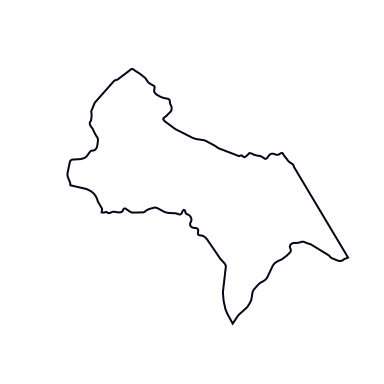 the border of Moyen-Ogooué, rotated 59°
{"feature_id": "GAB-2621", "entity_name": "Moyen-Ogooué", "entity_type": "Province", "adm_level": 1, "iso_a3": "GAB", "parent_name": "Gabon", "parent_adm1": "", "projection": "orthographic", "projection_center": [10.538, -0.51], "detail": "fine", "context": "isolated", "style": "outline", "palette": "ink", "viewbox_px": 384, "rotation_deg": 59, "n_neighbors": 0, "source": "natural_earth", "source_scale": "10m", "svg_char_len": 3288}
<svg xmlns="http://www.w3.org/2000/svg" viewBox="0 0 384 384"><g transform="rotate(59 192 192)"><path d="M328.6,92.0L327.9,96.3L328.2,98.2L327.7,100.0L326.9,101.5L324.3,103.6L322.7,104.7L320.7,106.3L319.2,106.9L316.9,107.3L297.9,117.2L296.0,119.0L292.6,121.6L291.4,122.9L290.3,127.1L288.0,131.3L287.7,132.7L287.7,133.9L288.1,135.0L288.6,135.7L289.3,136.4L290.5,136.7L291.8,136.9L293.0,137.3L293.9,138.2L294.3,139.1L295.4,143.7L296.0,149.8L295.5,153.7L295.5,156.9L295.8,158.2L296.2,159.5L296.9,160.9L303.9,171.4L304.6,172.8L305.0,174.5L305.2,176.7L305.0,180.1L305.3,182.2L307.4,189.1L308.2,190.6L309.3,191.9L314.3,196.1L315.5,197.4L317.1,199.8L319.2,204.1L321.3,215.1L321.8,216.4L325.8,224.9L314.1,224.4L309.7,223.7L301.7,221.0L293.9,217.2L273.1,201.2L271.3,200.8L269.7,200.9L264.3,202.1L240.0,203.5L237.3,204.2L235.9,204.8L234.7,205.7L232.9,207.9L231.8,208.6L230.5,208.2L227.7,206.2L226.3,206.2L225.1,206.9L223.4,209.3L222.1,210.3L220.3,210.8L218.9,210.4L217.7,209.5L216.9,208.2L215.8,206.9L214.4,206.3L212.4,206.0L210.9,206.2L209.6,206.8L208.6,207.7L207.1,208.3L203.9,207.6L203.1,208.2L203.2,209.3L204.9,211.9L205.3,213.1L204.9,214.2L204.0,215.1L202.8,216.0L201.7,217.2L197.8,223.0L196.5,224.4L195.0,225.8L188.1,229.9L186.8,231.0L186.0,232.2L184.8,236.5L184.3,239.2L184.3,240.5L184.6,243.1L184.3,244.4L178.9,253.8L178.2,254.5L177.1,255.2L172.1,257.5L171.5,258.0L171.3,258.5L171.2,259.1L171.8,260.1L172.5,261.1L172.8,262.4L172.6,263.7L171.9,265.1L170.0,267.6L168.9,268.7L168.2,270.0L167.9,271.2L167.8,272.5L167.5,273.7L166.8,274.8L165.3,275.4L164.7,276.4L164.4,277.7L163.9,278.9L162.9,280.0L161.4,278.6L159.9,277.7L151.9,277.6L148.7,276.9L146.5,276.7L143.2,276.9L141.1,277.5L139.3,278.2L135.2,280.8L123.6,292.8L121.4,291.7L115.1,290.7L114.4,290.4L113.3,290.0L112.0,289.2L103.7,281.6L102.5,280.1L102.4,278.8L102.7,277.6L106.2,271.0L107.1,268.2L107.4,266.8L107.4,265.4L107.2,264.0L105.0,258.7L104.8,258.0L104.8,257.0L105.8,254.7L105.9,253.3L105.4,251.7L104.3,250.0L99.6,246.2L97.9,245.3L96.6,245.0L93.9,245.2L88.8,244.9L87.7,244.6L86.9,244.6L83.3,244.9L81.9,244.8L80.6,244.4L79.5,243.4L78.8,241.9L77.3,240.5L76.8,240.2L75.5,239.2L73.8,238.1L70.9,236.8L65.4,229.4L56.5,201.2L57.3,197.9L55.4,180.5L56.2,179.4L57.3,178.8L58.6,178.4L63.9,175.7L69.3,173.7L70.7,173.3L74.7,173.1L76.1,172.9L79.4,171.2L81.7,169.8L83.0,170.0L85.7,172.4L87.3,172.8L89.6,172.5L93.7,170.3L96.0,168.6L97.7,166.9L98.8,165.6L100.2,164.2L101.5,163.9L102.9,164.3L104.2,164.9L105.5,165.4L108.1,165.6L109.4,166.1L110.5,166.8L111.6,167.9L112.2,169.2L113.1,173.2L113.6,174.5L113.8,177.1L114.1,178.3L114.8,179.2L117.2,179.0L129.5,173.9L145.9,163.6L148.8,161.1L153.4,155.5L154.9,154.1L164.6,148.3L167.1,147.3L168.7,146.3L185.1,133.5L185.7,132.8L185.7,132.2L185.8,131.5L186.1,130.7L187.0,130.2L188.1,129.9L188.7,129.7L189.2,129.1L189.3,128.5L189.2,127.2L188.7,124.5L188.2,123.1L188.2,122.8L189.8,121.0L192.0,119.7L194.8,116.9L196.2,115.1L197.4,114.2L201.1,112.4L201.7,111.1L201.6,110.0L200.4,107.5L200.1,106.5L200.0,106.0L200.0,104.8L200.1,104.4L200.2,104.1L200.7,103.2L200.9,102.8L203.3,100.7L203.8,100.1L204.3,99.3L204.6,98.3L204.5,96.4L204.7,95.1L205.0,94.6L205.8,94.3L207.7,94.4L213.1,93.7L214.0,93.7L216.0,93.3L220.1,91.4L220.6,91.2L221.2,91.3L223.7,91.7L328.6,92.0Z" fill="none" stroke="#020617" stroke-width="2"/></g></svg>